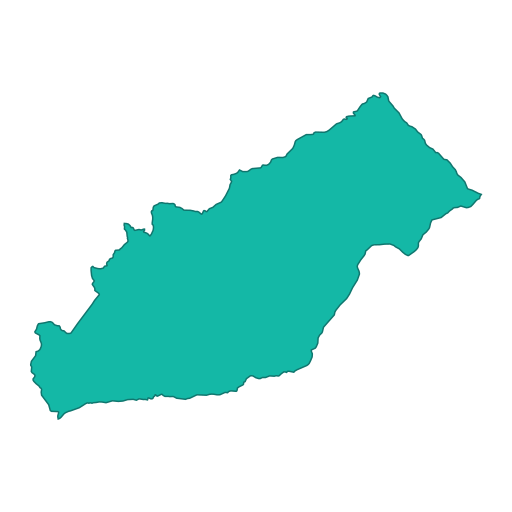 Florencia, Cauca, Colombia (Mercator projection)
{"feature_id": "7082276B30849628494153", "entity_name": "Florencia", "entity_type": "district", "adm_level": 2, "iso_a3": "COL", "parent_name": "Colombia", "parent_adm1": "Cauca", "projection": "mercator", "projection_center": [-77.092, 1.698], "detail": "fine", "context": "isolated", "style": "filled", "palette": "teal", "viewbox_px": 512, "rotation_deg": 0, "n_neighbors": 0, "source": "geoboundaries", "source_scale": "gbopen_adm2", "svg_char_len": 6014}
<svg xmlns="http://www.w3.org/2000/svg" viewBox="0 0 512 512"><path d="M385.6,94.1L382.9,93.0L380.1,93.0L379.5,93.3L379.2,94.1L380.6,96.7L379.7,97.7L377.6,97.3L374.8,95.7L373.4,95.4L373.0,95.6L372.0,97.0L368.2,98.5L366.6,102.1L364.3,103.5L362.4,104.0L361.7,104.7L360.1,106.7L357.4,110.8L356.4,111.3L353.8,111.8L353.4,112.1L353.4,113.1L355.2,115.3L355.0,115.8L349.0,116.1L346.5,116.7L346.2,117.5L347.2,118.5L347.0,119.1L346.2,119.4L344.4,119.0L343.4,119.3L341.8,121.4L341.1,122.0L339.8,122.8L336.9,123.7L336.2,124.1L329.2,130.1L326.8,131.6L324.3,132.3L315.6,132.1L314.1,132.7L313.5,134.0L313.1,134.3L310.8,134.6L306.3,134.6L297.2,139.6L295.9,140.6L295.3,141.5L294.3,145.1L293.1,147.8L292.3,148.9L287.1,154.0L286.1,156.0L285.4,156.7L283.0,157.5L277.6,157.4L272.4,159.0L271.4,160.0L270.6,162.2L268.6,164.4L266.6,165.3L264.2,165.2L263.6,165.0L262.5,165.2L261.1,167.5L260.4,167.9L252.3,168.6L250.8,169.3L248.1,171.3L246.8,171.6L242.7,171.6L239.5,170.0L237.6,172.6L236.1,173.5L233.9,174.3L231.4,174.8L230.8,175.5L230.8,177.9L230.3,179.5L231.6,181.2L231.2,182.6L230.1,184.6L229.4,188.3L225.6,195.8L223.4,199.2L221.7,201.7L221.0,202.3L216.2,204.4L212.8,207.4L209.4,208.7L206.9,211.6L206.2,211.6L204.9,210.7L204.0,210.6L203.5,211.0L202.5,213.3L201.8,214.1L201.3,214.1L198.7,212.0L197.5,211.5L195.3,211.5L193.4,210.9L190.2,210.3L184.5,210.2L183.7,210.0L182.1,208.6L179.9,207.4L176.0,206.9L175.3,206.2L174.9,204.6L173.9,203.8L173.0,203.5L169.5,203.7L167.3,203.3L165.4,203.4L161.9,202.7L159.3,203.0L158.1,204.1L154.1,205.9L153.3,207.2L152.9,210.0L152.6,210.6L151.9,210.7L151.4,211.4L151.4,212.8L152.4,215.3L152.7,217.1L152.7,219.2L152.2,222.8L152.2,224.2L153.0,225.0L153.4,226.0L153.5,227.8L153.1,230.4L151.3,234.3L150.0,235.9L149.6,235.8L148.0,234.0L146.8,233.2L143.7,232.0L143.6,231.3L144.6,230.1L144.5,229.1L143.3,229.2L141.8,229.9L140.7,229.9L139.0,229.5L134.9,230.4L134.2,230.0L133.3,228.0L132.6,227.5L131.2,227.5L130.0,225.6L128.4,224.1L126.6,223.6L124.3,223.4L124.1,225.1L124.6,226.8L124.4,229.0L125.5,230.1L126.8,232.2L127.2,236.3L127.6,237.5L127.4,238.4L127.9,239.8L128.0,241.3L127.3,242.3L124.4,244.6L121.8,247.8L120.1,249.0L119.8,249.6L119.1,250.0L115.5,250.3L115.2,250.6L114.9,251.2L114.6,252.6L113.2,254.7L113.2,256.5L113.0,257.4L112.4,258.1L110.9,258.4L109.9,259.0L109.5,259.3L109.1,260.7L107.0,262.3L106.6,264.0L107.1,265.3L107.0,265.7L104.5,266.3L103.3,268.1L100.4,268.8L97.9,268.6L94.0,267.6L92.8,266.4L92.1,266.7L91.1,267.8L91.1,270.7L91.6,275.5L92.5,278.5L94.3,280.8L93.9,281.7L92.5,283.5L92.3,284.4L94.5,287.6L94.9,289.0L94.8,290.3L95.1,290.7L98.7,293.3L99.3,294.3L99.1,294.9L94.6,300.4L92.2,304.2L77.7,323.5L71.1,332.9L70.5,333.3L69.0,333.5L66.7,333.4L63.9,330.8L62.2,330.6L61.3,330.0L60.5,329.0L60.1,327.1L59.3,325.9L57.2,325.7L54.5,324.8L52.4,322.5L50.6,321.7L48.6,321.8L44.6,322.8L38.7,323.7L38.2,324.2L37.3,326.0L36.5,329.2L34.9,331.7L35.1,332.6L35.5,333.0L39.2,335.0L39.9,335.7L39.8,338.6L40.1,340.2L41.3,343.1L41.5,344.8L41.2,346.6L40.2,349.0L39.7,349.8L38.1,351.1L36.1,351.7L35.6,355.7L31.4,361.3L30.7,364.6L30.8,365.5L31.5,366.4L31.7,367.3L31.3,371.4L32.0,372.6L34.5,374.5L35.0,375.6L34.7,376.8L33.1,378.9L33.1,380.1L33.8,381.3L36.1,383.7L38.9,385.9L40.1,387.7L41.2,388.4L41.6,389.4L41.2,392.2L41.6,395.2L48.7,404.7L50.3,410.5L51.4,411.3L57.8,411.6L58.5,411.9L58.6,412.9L57.9,415.4L57.8,416.9L58.2,419.0L59.7,418.4L61.1,417.2L64.0,413.8L65.5,412.7L68.6,411.3L70.4,410.9L79.3,407.7L85.7,403.6L87.0,403.0L87.8,402.9L88.8,403.2L90.3,402.8L92.0,403.2L93.4,402.7L96.1,402.5L99.2,401.9L102.0,402.0L106.0,402.7L112.4,400.8L118.4,401.4L123.0,401.0L127.6,399.6L133.2,399.3L136.4,400.2L138.7,399.0L139.7,398.9L143.4,399.5L145.1,399.4L147.5,399.9L148.1,398.0L149.0,398.0L151.0,398.9L152.4,398.7L153.2,397.9L153.6,396.7L154.6,396.1L155.2,394.8L155.6,394.8L157.0,396.1L157.6,396.1L161.3,394.3L162.0,394.3L163.3,395.5L165.0,396.4L168.5,396.4L169.6,396.6L173.0,396.5L174.0,396.8L176.6,398.2L185.6,399.3L187.2,398.6L189.8,398.2L196.9,394.8L206.5,395.2L209.6,394.3L211.6,394.1L213.7,394.2L217.0,394.8L218.6,394.8L220.0,394.7L225.1,392.4L227.6,392.7L228.6,391.6L230.1,391.0L231.5,390.9L236.1,391.3L236.6,391.1L237.0,390.4L237.5,387.9L239.1,386.8L242.9,384.9L243.5,384.2L243.7,382.3L245.1,381.6L246.4,378.7L250.1,376.0L250.9,375.7L252.9,375.9L255.8,377.7L258.8,378.6L260.1,378.6L262.4,377.5L265.5,377.5L269.6,375.9L274.3,376.2L276.1,375.7L278.3,376.0L279.2,375.7L281.2,373.8L283.8,371.9L285.1,371.9L286.6,372.4L287.4,371.4L288.7,371.2L293.8,372.2L294.9,371.0L297.1,369.7L306.8,365.5L308.2,364.5L309.2,363.4L310.6,360.6L312.1,357.0L312.3,354.7L312.3,353.7L311.3,351.2L311.4,349.9L315.2,348.2L316.2,346.9L317.8,343.1L318.1,337.9L319.7,335.0L321.8,333.0L322.4,331.8L323.5,327.2L334.3,314.9L334.9,312.0L336.0,310.1L340.1,304.9L346.6,298.6L349.5,294.1L352.6,287.6L357.3,280.1L359.4,274.2L359.4,273.2L359.0,271.2L357.6,268.1L357.2,266.2L357.7,264.7L360.8,259.8L364.0,255.8L365.0,254.2L365.8,250.8L367.0,250.0L371.6,245.6L374.0,244.8L379.6,244.7L384.6,244.1L390.1,244.0L394.0,245.5L395.5,246.8L399.4,248.9L402.7,252.2L405.3,254.3L407.8,255.5L408.6,255.5L414.3,251.5L416.4,249.6L417.9,247.6L418.4,245.9L418.4,242.9L419.1,241.5L421.2,238.9L422.9,234.8L426.3,232.0L428.7,229.1L429.5,227.7L430.6,222.8L432.0,219.9L441.2,217.5L445.9,213.7L447.7,212.9L449.5,211.0L452.5,208.9L452.9,208.3L454.1,207.7L457.6,207.4L460.8,206.0L466.4,207.7L468.1,207.5L470.8,206.5L472.9,204.4L476.4,200.3L477.8,199.3L479.3,198.7L479.6,198.4L479.9,196.5L481.3,194.4L478.2,193.3L472.1,190.2L468.1,189.0L467.4,188.4L464.8,181.9L461.0,177.5L457.8,175.0L456.8,173.4L456.4,171.9L455.3,169.7L452.6,166.8L450.2,163.1L446.9,159.8L444.1,159.4L443.5,158.9L438.6,153.3L437.4,152.6L435.7,152.6L432.9,149.1L429.6,147.6L426.6,145.1L425.4,143.4L424.6,140.3L423.7,139.2L422.5,138.3L421.5,135.3L421.0,134.5L417.6,131.9L415.5,129.1L411.9,126.7L409.8,126.1L408.3,125.3L406.7,122.9L404.7,121.6L403.0,119.8L402.1,118.7L399.0,112.9L394.2,108.1L393.0,106.0L389.2,101.6L388.7,100.8L387.9,96.8L386.9,95.4L385.6,94.1Z" fill="#14b8a6" stroke="#0f766e" stroke-width="1.5"/></svg>